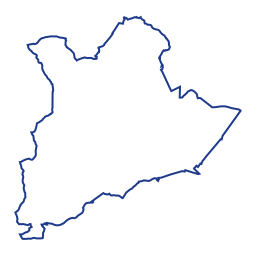 outline of Piatra-Neamt, Neamt, Romania
{"feature_id": "2599482B9055838557903", "entity_name": "Piatra-Neamt", "entity_type": "district", "adm_level": 2, "iso_a3": "ROU", "parent_name": "Romania", "parent_adm1": "Neamt", "projection": "robinson", "projection_center": [26.355, 46.921], "detail": "fine", "context": "isolated", "style": "outline", "palette": "blue", "viewbox_px": 256, "rotation_deg": 0, "n_neighbors": 0, "source": "geoboundaries", "source_scale": "gbopen_adm2", "svg_char_len": 5565}
<svg xmlns="http://www.w3.org/2000/svg" viewBox="0 0 256 256"><path d="M82.6,212.3L83.3,210.6L83.5,209.5L83.5,209.0L83.0,208.0L83.3,207.7L83.6,206.6L83.9,206.3L84.5,205.1L85.2,204.3L85.4,203.8L85.7,203.5L86.9,203.0L90.1,202.6L92.7,202.6L93.1,202.1L92.3,201.5L91.8,201.4L103.3,193.1L104.8,194.0L106.0,194.1L106.7,194.4L108.0,194.4L109.3,193.7L110.6,195.1L111.5,195.5L114.0,195.2L116.9,195.7L117.2,195.6L118.7,195.6L120.7,196.8L121.9,197.8L122.3,198.1L122.8,198.1L126.2,192.6L129.9,189.6L131.8,188.7L134.0,186.4L135.5,185.4L137.0,183.6L138.4,182.9L138.6,182.7L138.7,181.7L139.3,181.7L140.4,181.3L141.5,181.2L142.6,180.9L143.3,180.5L144.2,180.6L144.7,180.4L148.8,181.0L150.7,180.2L151.2,179.8L152.3,179.1L154.5,178.2L156.2,178.4L157.1,180.2L158.1,180.9L158.7,179.6L158.3,179.4L158.4,179.2L158.7,178.5L158.5,178.3L158.4,177.9L161.1,177.7L170.2,174.6L181.9,171.2L183.9,171.4L184.6,171.6L184.9,171.4L185.3,170.2L197.8,174.0L198.2,174.1L199.3,173.8L194.0,168.6L194.1,168.3L195.3,167.1L196.4,166.3L196.2,166.0L196.6,165.7L198.0,167.0L200.4,163.5L201.4,163.9L202.5,161.1L206.7,155.8L220.7,139.2L221.7,139.4L222.6,135.8L240.6,110.8L240.4,110.4L238.6,109.4L231.4,108.1L229.1,107.3L224.9,106.3L220.4,106.4L215.2,107.2L212.2,107.3L200.6,98.2L199.6,98.0L197.9,98.2L197.6,97.6L197.3,96.7L196.9,94.2L194.6,91.7L192.6,90.5L191.6,90.1L190.5,90.2L189.4,90.9L188.1,91.4L187.3,92.3L186.6,93.3L185.4,94.1L185.2,94.6L183.7,95.7L182.7,96.9L182.4,97.4L182.1,97.5L179.7,97.6L180.0,86.8L171.3,91.1L169.6,87.6L162.4,72.0L161.0,69.8L162.1,69.1L162.5,68.6L162.8,67.1L162.6,66.2L162.7,65.3L162.6,65.1L161.6,65.9L161.9,64.8L161.8,64.1L160.9,62.5L159.9,59.8L160.0,58.1L159.2,58.2L159.2,57.9L159.2,57.6L161.1,54.6L162.9,51.2L163.7,50.3L164.9,50.8L165.2,50.4L165.9,50.1L167.1,50.2L169.0,49.3L169.9,46.9L169.3,45.9L169.0,44.9L168.9,43.7L169.0,43.3L168.8,41.9L168.5,41.4L168.5,41.0L167.5,40.0L167.0,38.9L166.1,38.4L165.9,37.6L165.4,37.3L165.3,36.8L164.2,35.4L162.4,34.3L161.5,33.5L160.6,32.5L159.7,31.1L158.8,30.2L157.7,29.7L155.0,29.2L154.0,28.8L152.7,28.0L152.0,27.2L151.7,26.2L150.6,25.0L149.8,24.8L147.6,24.7L146.0,23.6L144.7,23.4L144.5,22.6L144.4,20.9L143.9,20.3L142.6,19.7L141.6,18.9L140.8,17.9L140.7,17.2L138.9,18.1L137.2,17.6L136.3,17.5L136.3,17.1L135.7,17.3L134.6,17.2L133.3,17.8L127.8,19.6L126.5,18.1L125.1,17.7L124.4,17.3L123.9,17.5L123.9,17.8L124.6,19.6L124.0,20.2L123.6,20.9L122.9,23.7L119.0,23.1L114.9,29.5L112.4,33.2L112.3,33.5L112.7,33.7L112.2,34.6L111.6,35.3L110.0,37.5L104.5,44.0L104.2,45.0L102.3,46.4L101.2,46.6L98.6,47.5L98.8,47.9L98.6,48.3L99.1,48.8L99.1,49.7L99.2,50.0L99.0,50.7L99.1,50.8L99.0,51.3L99.1,51.6L98.9,52.3L98.2,52.5L95.8,55.7L95.3,56.0L95.8,56.6L96.2,56.7L96.1,56.8L96.3,56.9L96.5,57.2L96.8,58.4L96.4,58.8L93.9,59.0L93.7,58.8L92.5,58.6L92.1,58.2L90.7,57.9L87.4,58.1L86.6,57.8L85.5,57.8L85.0,57.5L84.5,57.4L83.1,58.0L82.3,58.1L78.0,59.7L76.8,60.5L76.3,59.8L75.1,58.6L74.6,57.9L74.3,55.8L73.8,53.5L73.5,53.0L70.6,49.9L66.7,47.2L66.7,46.6L65.4,45.0L65.6,43.4L65.5,42.3L66.1,40.5L65.7,40.2L65.6,39.6L65.7,39.1L65.9,38.7L65.4,38.3L64.5,38.3L63.4,37.9L62.6,37.9L61.1,37.6L59.9,37.6L56.7,36.4L50.7,36.4L45.4,37.2L42.5,38.2L41.8,38.2L40.4,39.2L39.0,40.6L37.6,42.6L35.8,43.9L34.5,44.0L33.1,43.8L29.2,44.6L27.7,45.0L28.1,45.7L28.3,47.6L29.3,49.3L30.3,50.3L31.5,51.1L31.8,51.7L32.7,52.7L33.4,53.3L35.6,54.3L36.7,55.2L36.8,55.4L36.8,56.0L36.3,57.6L38.2,59.7L38.3,61.2L38.6,62.4L39.3,62.8L41.1,62.9L41.6,63.8L42.3,65.3L42.2,67.6L42.4,69.4L43.3,71.2L44.8,74.1L46.8,76.4L47.3,77.8L47.7,78.3L49.6,80.0L50.1,81.1L51.1,82.2L51.4,83.4L51.6,83.9L52.4,84.2L53.2,90.0L53.0,91.2L52.8,91.2L52.6,92.3L52.5,107.6L52.2,109.2L52.2,110.1L52.6,112.2L52.4,112.6L50.7,114.1L50.5,113.9L48.1,115.7L47.4,115.9L46.9,115.9L46.5,116.2L45.4,116.5L44.9,116.9L44.2,117.9L43.1,118.8L42.2,120.1L39.0,122.3L37.4,123.0L37.0,123.3L36.1,127.6L35.3,130.2L34.8,130.9L34.2,131.7L33.6,132.1L33.0,132.3L31.4,132.3L32.1,134.3L32.6,135.0L33.3,135.7L33.8,139.0L33.8,139.9L34.2,140.9L35.3,142.1L35.6,143.8L35.9,144.5L36.4,145.3L36.6,146.0L36.0,148.8L35.6,151.3L35.9,154.4L35.6,155.6L35.2,156.5L33.1,159.0L32.3,159.7L31.3,159.7L30.4,159.4L29.0,158.6L25.6,159.5L22.4,161.0L21.1,161.9L19.9,162.1L20.4,163.9L21.2,165.7L21.2,166.7L21.3,167.5L21.7,168.5L23.4,170.3L23.6,171.0L23.6,171.4L23.2,172.0L22.7,172.3L22.7,173.8L22.4,174.4L22.8,175.2L23.2,176.5L23.2,177.5L22.6,180.4L22.8,182.3L23.1,183.2L24.3,185.2L24.2,185.8L23.9,186.4L23.7,188.6L24.1,190.2L24.6,192.0L25.1,192.7L25.3,193.6L25.2,195.3L25.5,197.1L24.4,198.8L23.6,201.6L22.6,202.7L21.7,203.4L20.9,204.7L20.4,205.1L20.2,206.0L19.8,206.8L19.4,207.4L19.2,208.5L18.1,210.4L16.1,212.0L15.4,212.4L15.4,212.7L17.1,216.8L17.2,218.0L17.4,218.4L17.5,218.9L17.1,221.0L17.2,222.0L17.9,222.7L18.9,224.1L22.2,224.2L23.0,224.0L27.7,225.1L28.3,224.9L29.4,224.2L29.9,224.0L30.4,224.0L30.6,224.1L30.6,224.4L30.6,225.4L30.8,225.9L31.6,226.6L31.7,227.0L29.2,228.3L29.3,229.4L29.5,230.0L29.4,230.3L27.8,231.7L27.1,232.1L25.8,232.3L22.1,234.4L20.0,234.4L21.7,237.7L22.5,238.7L23.1,238.9L26.6,238.9L28.3,238.6L30.6,238.7L31.8,238.5L33.2,238.0L33.7,237.9L36.8,238.4L39.6,238.4L41.9,238.3L42.5,238.2L42.9,237.8L42.8,236.9L43.1,235.3L43.0,233.5L43.2,232.6L43.5,231.9L43.9,231.4L44.6,228.5L42.1,225.8L41.6,224.6L43.4,224.5L44.3,223.7L44.8,223.4L45.2,224.0L46.3,224.7L46.9,224.7L46.2,223.4L46.3,223.1L46.6,222.9L47.2,222.9L49.3,223.5L50.7,223.5L52.5,223.9L53.8,224.6L55.0,225.0L56.3,225.3L59.0,225.2L60.8,224.7L62.1,223.9L63.4,223.5L66.3,220.8L69.3,218.8L70.8,218.3L72.3,217.9L73.1,217.9L74.6,218.2L76.5,217.2L77.9,215.7L81.9,213.1L82.6,212.3Z" fill="none" stroke="#1e3a8a" stroke-width="2"/></svg>